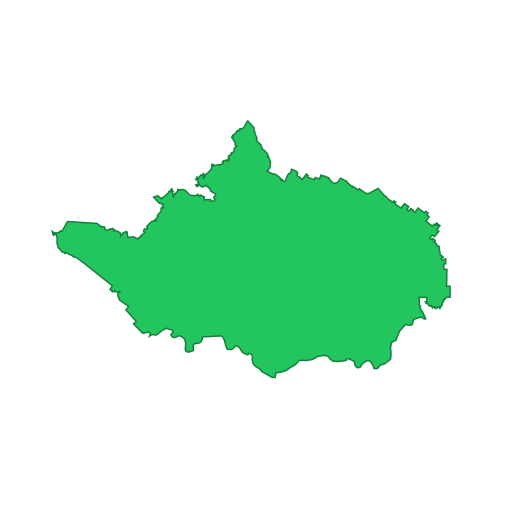 Coatzintla, Veracruz, Mexico, rotated 210°
{"feature_id": "50627088B29879698863808", "entity_name": "Coatzintla", "entity_type": "district", "adm_level": 2, "iso_a3": "MEX", "parent_name": "Mexico", "parent_adm1": "Veracruz", "projection": "orthographic", "projection_center": [-97.52, 20.428], "detail": "fine", "context": "isolated", "style": "filled", "palette": "green", "viewbox_px": 512, "rotation_deg": 210, "n_neighbors": 0, "source": "geoboundaries", "source_scale": "gbopen_adm2", "svg_char_len": 6103}
<svg xmlns="http://www.w3.org/2000/svg" viewBox="0 0 512 512"><g transform="rotate(210 256 256)"><path d="M79.3,285.5L78.3,285.8L77.7,286.5L83.8,290.9L85.8,291.1L86.5,292.4L88.3,293.1L88.5,294.8L89.5,294.6L94.1,301.7L87.4,305.6L85.2,301.8L86.4,300.9L85.2,300.2L83.2,300.4L81.2,299.4L79.8,299.9L79.3,300.7L77.2,299.3L76.3,301.1L75.1,300.3L74.6,301.6L73.5,300.8L72.5,303.5L70.6,302.5L70.4,307.2L71.2,307.6L70.9,310.0L71.7,310.4L71.0,311.2L71.6,312.0L71.5,312.6L70.7,313.0L70.9,314.0L70.3,315.7L67.3,317.3L72.8,326.9L75.8,325.1L84.0,339.9L86.8,338.3L89.4,343.1L87.8,344.1L90.3,348.3L92.7,345.5L93.6,345.8L94.4,346.5L93.2,348.6L97.3,349.4L102.4,356.0L104.5,355.4L105.6,356.6L106.0,356.3L107.3,357.0L107.2,357.4L108.9,357.7L108.6,359.0L111.6,359.5L111.7,358.1L114.4,358.5L113.9,362.4L111.1,362.0L110.0,368.8L112.6,369.1L111.9,374.3L113.4,374.4L113.6,373.2L114.9,373.3L114.8,374.7L116.0,375.0L116.4,372.4L117.8,372.6L118.1,370.0L126.3,371.2L125.6,376.6L128.6,377.0L128.4,379.2L131.4,379.6L131.6,377.5L139.6,378.6L140.1,373.2L142.9,373.6L142.8,374.3L145.5,374.7L146.0,371.3L148.6,371.9L148.4,375.1L153.5,375.6L154.5,369.9L162.1,370.6L161.8,372.5L164.1,372.8L164.2,370.8L171.1,371.6L173.5,372.6L174.6,372.3L184.0,375.6L189.6,366.5L192.2,365.1L200.2,365.9L200.4,364.3L207.0,364.7L207.0,364.0L214.1,365.4L214.9,366.2L216.3,365.8L221.1,365.8L221.8,365.4L222.0,360.8L224.9,357.6L230.0,358.8L232.1,360.1L237.3,359.3L238.3,358.6L240.1,358.7L239.6,354.5L243.9,353.6L243.7,351.3L250.8,349.9L251.2,351.8L253.3,352.2L254.2,345.2L257.5,346.0L261.2,346.1L261.1,348.3L263.4,349.6L268.6,348.9L267.7,345.7L267.7,344.7L268.9,343.5L269.0,341.8L268.2,335.2L270.8,334.3L271.2,335.1L271.9,334.2L272.2,334.2L272.2,335.2L274.0,335.2L274.3,335.8L279.8,336.5L283.4,335.4L289.2,334.9L288.1,337.4L288.6,341.0L290.3,344.4L294.2,347.9L295.8,347.8L295.6,348.8L297.0,350.1L301.0,351.6L303.0,351.6L304.8,352.4L307.6,354.9L312.1,355.8L313.3,356.7L314.7,359.1L317.9,361.3L318.8,362.7L321.1,364.3L321.8,366.0L330.6,368.9L331.0,368.4L330.7,361.9L331.2,359.8L333.6,358.1L333.0,357.0L334.0,356.3L333.9,355.4L335.0,355.3L334.6,353.8L335.2,353.4L335.2,351.0L336.3,349.8L336.5,347.8L336.3,346.7L335.7,347.3L335.4,346.2L334.1,345.8L333.2,344.7L331.2,344.4L330.0,342.2L327.5,341.6L328.6,340.4L328.1,338.5L328.5,338.0L327.8,337.7L327.7,334.2L328.9,332.9L328.0,331.1L329.4,330.1L329.7,328.9L329.3,327.7L328.7,327.8L328.5,326.7L327.8,326.8L327.6,325.2L328.5,325.3L328.4,323.9L329.2,324.6L331.8,322.1L332.1,320.7L331.4,320.9L330.7,319.6L332.7,316.7L333.1,317.1L337.4,313.3L338.4,313.1L338.5,313.8L339.9,313.6L339.9,312.7L339.5,312.8L339.4,311.9L338.7,311.5L338.2,308.9L339.3,303.5L340.2,302.2L340.2,301.1L341.2,300.6L340.0,299.3L340.6,298.4L340.1,297.3L341.0,297.0L341.6,300.1L341.9,299.9L342.7,301.0L343.3,298.8L344.3,298.6L344.5,295.9L345.0,295.2L346.5,294.9L345.2,293.9L346.7,292.9L345.8,291.9L344.5,293.3L343.0,290.6L342.2,290.9L341.6,289.8L343.7,287.5L342.0,286.5L341.1,287.7L341.3,289.7L339.0,288.8L337.9,289.3L337.3,288.7L336.1,289.7L334.8,292.4L333.4,291.6L331.0,291.7L330.1,290.9L328.7,291.3L328.0,289.8L327.3,289.5L321.8,289.5L321.2,288.1L321.8,287.2L321.8,285.4L319.6,284.2L319.5,282.7L323.0,281.0L323.7,282.2L329.0,278.6L330.3,281.3L334.9,281.0L334.8,279.4L336.3,279.5L337.3,280.3L338.1,278.3L342.5,276.0L343.9,275.8L350.3,277.5L352.8,277.0L354.9,275.1L355.8,275.1L356.0,274.5L356.9,274.6L356.4,273.1L356.5,271.2L357.6,269.3L356.8,268.8L357.4,268.3L357.2,266.0L360.1,269.2L360.0,270.5L360.8,270.4L361.8,271.9L362.6,272.1L362.8,270.8L361.4,269.8L362.0,269.2L363.6,268.8L363.5,266.6L365.3,261.0L366.1,260.4L366.4,258.3L371.2,259.1L374.1,255.8L366.4,253.3L362.6,254.6L362.4,252.8L360.4,252.0L360.3,251.2L362.0,250.4L362.1,249.7L361.0,248.5L360.6,246.5L361.4,244.2L361.5,241.6L360.6,241.2L361.6,236.5L360.3,236.3L363.2,234.4L363.9,232.9L365.4,227.1L363.6,225.0L366.1,223.7L366.1,221.5L364.1,221.0L365.7,216.2L365.3,216.1L366.5,213.6L366.5,211.9L371.6,211.3L376.1,208.1L378.4,210.4L378.8,211.5L380.3,212.6L382.7,209.7L383.1,205.8L383.5,206.7L385.3,208.2L388.6,208.2L391.0,206.9L391.2,207.8L392.2,206.9L392.7,208.0L394.1,208.0L394.2,207.0L395.7,206.8L397.6,204.0L399.5,203.2L401.7,205.4L405.2,203.8L405.6,204.3L408.6,204.3L409.6,204.9L436.5,191.6L436.4,180.2L437.9,180.1L438.3,178.1L440.6,175.9L442.2,175.3L444.7,175.4L441.8,172.6L440.8,174.6L439.7,174.6L437.1,172.1L434.9,167.8L431.9,164.9L430.9,164.1L428.7,163.7L426.1,162.5L424.6,163.1L422.4,162.7L422.5,163.9L421.4,163.9L421.2,164.3L417.8,164.0L416.3,164.6L413.4,164.0L411.0,164.9L400.6,163.7L365.6,158.4L365.6,154.0L362.4,153.3L362.4,154.0L361.0,154.2L361.0,155.2L359.9,154.9L357.4,155.6L355.8,157.8L356.7,154.4L355.9,152.5L353.2,150.7L352.6,149.7L341.0,148.6L341.7,144.3L326.8,139.4L328.1,136.0L315.5,132.4L310.5,136.6L309.1,136.6L308.8,136.2L308.2,133.3L307.3,135.1L305.9,136.5L303.4,137.3L302.4,138.4L300.1,144.4L297.3,148.8L294.7,149.0L292.0,150.1L290.0,148.8L289.9,147.7L290.4,145.9L290.1,145.0L289.2,144.4L287.4,144.1L285.7,144.6L282.7,148.5L279.7,149.1L277.3,148.6L275.8,147.9L273.2,145.2L270.9,140.4L269.8,138.9L268.6,138.3L265.9,139.3L262.9,142.9L265.8,147.3L265.4,149.4L262.1,151.8L260.8,153.9L260.8,156.9L262.0,159.1L246.2,169.4L244.4,169.3L241.6,167.5L235.0,161.1L234.0,160.9L230.7,162.6L229.5,164.5L228.5,168.4L226.2,168.7L223.6,168.0L221.4,166.6L218.3,165.6L213.6,166.3L213.8,168.3L210.1,168.5L208.6,166.9L207.6,164.4L204.7,161.4L201.4,160.2L196.3,160.1L193.2,158.8L181.3,158.9L178.7,160.3L180.3,165.0L177.0,167.3L172.7,171.7L170.4,176.9L167.9,181.1L166.8,184.4L166.5,187.2L159.8,190.9L155.8,194.3L153.3,197.8L152.6,200.4L151.8,200.2L148.8,203.0L145.2,204.9L142.7,205.0L140.4,203.8L136.2,203.4L135.2,204.4L132.1,205.6L125.7,210.7L126.4,211.8L125.1,212.9L122.7,213.7L117.9,213.6L115.7,211.0L114.0,210.1L112.2,210.0L110.2,211.6L109.9,216.5L108.0,220.2L106.6,221.4L104.7,221.8L103.3,221.5L100.1,219.8L97.4,217.5L94.5,219.4L93.9,223.7L90.8,226.8L87.9,233.8L89.6,237.9L92.6,242.6L93.4,242.9L95.4,249.1L92.7,253.0L94.1,262.5L92.4,271.3L89.1,272.4L87.0,273.8L86.4,275.0L87.6,279.0L87.3,280.5L83.2,285.0L81.0,286.1L79.3,285.5Z" fill="#22c55e" stroke="#15803d" stroke-width="1.5"/></g></svg>